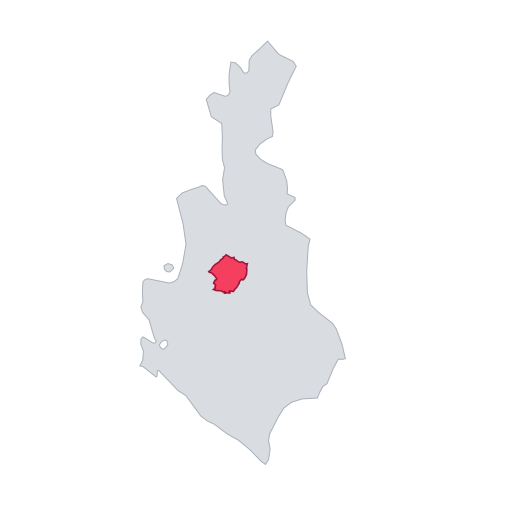 Gavar, Gegharkunik, Armenia shown in context, rotated 227°
{"feature_id": "60910142B38789049969589", "entity_name": "Gavar", "entity_type": "district", "adm_level": 2, "iso_a3": "ARM", "parent_name": "Armenia", "parent_adm1": "Gegharkunik", "projection": "mercator", "projection_center": [45.138, 40.338], "detail": "fine", "context": "in_parent", "style": "filled", "palette": "rose", "viewbox_px": 512, "rotation_deg": 227, "n_neighbors": 0, "source": "geoboundaries", "source_scale": "gbopen_adm2", "svg_char_len": 5091}
<svg xmlns="http://www.w3.org/2000/svg" viewBox="0 0 512 512"><g transform="rotate(227 256 256)"><path d="M231.4,307.0L227.9,301.3L210.4,282.8L194.1,268.5L183.0,262.7L171.7,263.3L154.3,266.1L147.9,264.9L132.7,258.7L120.0,251.3L121.8,248.2L124.5,246.0L121.3,236.4L114.2,220.8L115.0,216.0L112.7,209.2L110.3,204.1L120.2,192.0L124.8,182.2L125.8,172.6L123.1,162.6L116.6,144.6L112.5,139.4L105.0,134.5L98.7,126.5L97.1,120.8L102.5,119.7L117.9,119.5L132.9,117.6L144.6,113.8L161.6,110.7L168.6,107.9L176.7,106.5L201.5,109.5L210.8,107.2L238.8,106.8L239.5,105.6L235.7,101.8L235.7,100.4L252.3,97.9L254.9,96.1L257.1,102.2L263.3,108.9L270.2,111.7L273.8,115.4L274.0,118.2L261.9,121.6L261.1,123.3L261.9,125.0L265.5,125.8L282.4,134.3L292.0,134.5L297.1,137.0L299.7,142.1L307.7,148.9L314.1,155.6L314.5,157.9L313.3,161.3L295.3,174.2L293.1,178.7L292.8,183.4L300.7,197.5L312.3,212.8L329.1,224.5L352.2,237.1L352.5,244.9L348.8,254.2L345.7,260.4L344.3,264.7L341.5,266.5L318.4,266.1L315.0,267.6L313.5,269.4L313.3,270.9L321.6,273.8L334.5,283.6L342.0,293.2L349.7,297.4L358.4,305.0L365.4,312.1L376.2,321.3L388.3,318.3L404.4,326.4L405.1,332.0L404.1,336.9L393.9,342.3L392.7,344.6L392.7,346.4L394.0,349.1L400.0,353.5L407.0,360.0L414.9,369.8L411.3,372.7L404.0,373.1L398.2,371.9L396.2,373.9L396.3,377.1L403.8,384.5L405.3,389.9L405.0,399.2L405.3,411.0L387.9,410.2L373.0,415.9L367.3,414.8L363.6,404.8L360.4,396.6L350.9,375.7L353.5,367.1L348.2,362.2L335.4,353.3L332.2,349.6L334.0,344.5L335.2,335.2L334.0,327.7L330.6,325.4L324.2,325.3L316.5,327.1L300.9,334.4L290.1,329.8L283.9,325.1L280.3,321.2L272.2,324.4L270.2,322.8L269.8,313.1L267.4,307.9L262.5,301.8L258.0,298.9L241.4,304.9L231.4,307.0ZM257.2,131.5L257.7,127.9L256.9,124.7L254.2,123.7L250.9,124.5L250.6,128.1L251.6,131.5L255.0,133.0L257.2,131.5ZM310.6,186.4L306.7,188.6L303.1,187.6L303.1,182.1L305.7,179.9L308.7,180.0L311.6,182.0L310.6,186.4Z" fill="#d9dde1" stroke="#a8b0b8" stroke-width="1"/><path d="M246.1,220.2L247.2,224.0L247.4,225.2L248.1,225.3L248.5,226.5L248.8,229.0L248.9,229.7L247.5,230.0L247.2,230.5L247.4,232.0L247.4,232.4L248.9,236.4L252.7,240.5L253.6,240.3L253.9,241.3L255.7,243.5L256.3,244.5L257.3,243.0L260.4,242.3L261.5,241.6L262.3,240.0L264.3,239.1L266.8,238.7L268.1,238.0L270.1,239.0L271.0,236.8L274.5,235.8L277.3,234.9L277.2,234.6L277.2,234.2L277.2,233.8L277.2,233.6L277.2,233.3L277.2,233.0L277.2,232.8L277.2,232.7L277.3,232.5L277.3,232.3L277.4,232.2L277.4,231.7L277.5,231.5L277.5,231.4L277.6,231.2L277.3,231.1L277.2,231.1L277.0,230.9L276.9,230.6L276.9,230.4L276.9,230.2L276.9,229.7L276.9,229.3L277.0,229.2L277.0,228.9L277.0,228.7L277.2,228.4L277.2,228.2L277.3,227.9L277.3,227.6L277.3,227.3L277.3,227.1L277.2,227.0L277.2,226.9L277.1,226.7L277.1,226.4L277.0,226.2L277.0,225.9L276.9,225.5L276.9,225.4L276.9,225.2L276.9,224.9L276.9,224.7L276.9,224.1L277.0,223.9L277.0,223.6L277.1,223.4L277.1,223.2L277.2,222.9L277.2,222.6L277.3,222.3L277.3,222.0L277.4,221.6L277.5,221.4L277.5,221.2L277.5,220.9L277.6,220.6L277.7,220.4L277.7,220.2L277.6,219.9L277.6,219.7L277.6,219.4L277.6,219.2L277.6,218.9L277.5,218.5L277.5,218.4L277.5,218.1L277.5,217.9L277.5,217.7L277.5,217.3L277.5,217.2L277.4,217.0L277.4,216.9L277.4,216.7L277.3,216.4L277.2,216.0L277.1,215.8L277.1,215.6L277.0,215.4L276.9,215.0L276.9,214.8L276.9,214.7L276.8,214.4L276.7,214.2L276.6,213.9L276.6,213.7L276.6,213.4L276.5,213.2L276.6,212.8L276.6,212.6L276.6,212.4L276.7,212.1L276.7,211.9L276.8,211.7L276.8,211.4L276.9,211.2L276.8,210.9L276.8,210.7L276.7,210.7L276.4,210.7L276.2,210.7L276.0,210.8L275.9,210.8L275.7,210.9L275.5,211.0L275.4,211.0L275.2,211.1L275.0,211.3L274.7,211.4L274.6,211.5L274.4,211.7L274.1,211.8L273.9,211.9L273.7,212.0L273.4,212.0L273.0,212.1L272.8,212.1L272.5,212.1L271.7,212.1L271.4,212.1L271.2,212.0L270.9,212.0L270.7,212.2L270.5,212.3L270.4,212.4L270.2,212.4L269.9,212.4L269.7,212.4L269.1,212.2L268.9,212.1L268.7,212.1L268.4,212.0L268.2,212.0L267.7,212.0L267.1,212.0L266.9,212.0L266.8,211.9L266.6,211.9L266.4,211.8L266.3,211.7L266.2,211.6L266.0,211.4L265.9,211.4L265.8,211.2L265.7,211.1L265.9,210.8L265.9,210.7L265.8,210.3L265.8,210.2L266.1,209.9L266.2,209.7L266.2,209.3L266.2,209.2L266.3,209.1L266.2,209.0L266.1,208.9L265.9,208.8L265.9,208.7L265.7,208.3L265.7,208.1L265.6,207.9L265.6,207.7L265.6,207.4L265.5,207.2L265.4,207.2L265.3,206.8L265.2,206.8L265.2,206.7L265.0,206.4L264.9,206.4L264.7,206.4L264.4,206.4L264.2,206.5L263.9,206.6L263.7,206.7L263.4,206.5L263.2,206.5L262.9,206.5L262.7,206.6L262.4,206.7L262.2,206.5L262.2,206.4L262.0,206.2L261.9,206.1L261.8,205.9L261.7,205.8L261.7,205.6L261.7,205.3L261.7,205.2L261.4,205.0L261.2,205.0L261.1,204.9L261.1,204.7L260.9,204.4L260.7,204.4L260.4,204.4L260.2,204.4L260.2,204.2L260.2,203.9L260.1,203.7L260.1,203.4L260.2,203.2L260.3,203.1L260.3,202.9L260.4,202.7L260.5,202.6L260.6,202.4L260.6,202.2L260.5,202.3L260.4,202.3L260.3,202.2L260.2,202.2L258.0,203.2L254.2,206.8L253.2,207.1L252.1,207.3L251.9,207.8L251.3,208.8L250.6,208.8L250.3,207.6L249.8,207.9L249.2,209.2L247.7,210.6L246.7,211.9L247.4,212.2L248.5,212.3L248.5,213.0L245.5,215.1L245.8,217.3L246.2,217.9L246.1,220.2Z" fill="#f43f5e" stroke="#9f1239" stroke-width="1.5"/></g></svg>